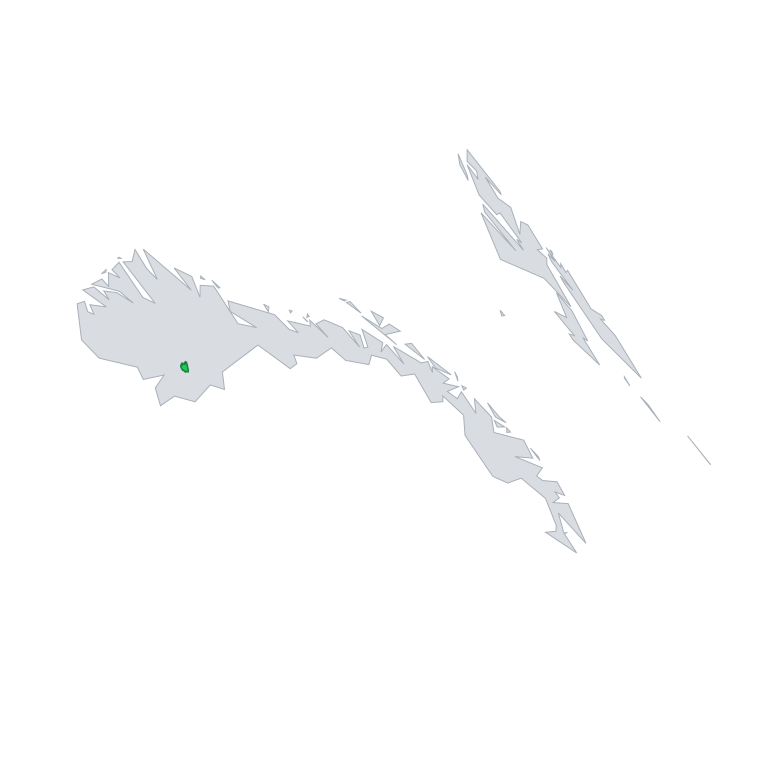 location of "Østre Toten" nor, Oppland, Norway, rotated 53°
{"feature_id": "86288312B18082183204851", "entity_name": "\"Østre Toten\" nor", "entity_type": "district", "adm_level": 2, "iso_a3": "NOR", "parent_name": "Norway", "parent_adm1": "Oppland", "projection": "equal_earth", "projection_center": [10.862, 60.623], "detail": "fine", "context": "in_parent", "style": "filled", "palette": "green", "viewbox_px": 768, "rotation_deg": 53, "n_neighbors": 0, "source": "geoboundaries", "source_scale": "gbopen_adm2", "svg_char_len": 5434}
<svg xmlns="http://www.w3.org/2000/svg" viewBox="0 0 768 768"><g transform="rotate(53 384 384)"><path d="M456.8,339.2L428.8,344.2L433.6,347.6L427.2,357.5L394.5,353.5L387.9,365.5L365.8,366.9L353.5,376.6L359.4,384.4L342.0,400.4L323.4,404.3L322.8,422.4L306.6,438.6L315.3,441.3L315.3,449.7L277.0,461.2L277.1,505.8L292.4,514.7L280.2,523.3L284.5,545.6L267.6,558.6L266.9,575.6L249.5,569.0L244.5,554.2L235.5,573.5L222.2,570.8L191.9,595.9L166.7,599.0L135.3,580.8L137.7,573.4L148.0,577.1L153.8,573.7L143.7,571.2L155.2,559.4L127.6,567.9L131.8,557.3L151.4,552.9L141.1,551.8L150.2,542.4L168.5,535.5L150.6,539.6L128.4,557.4L130.3,546.1L140.5,545.2L129.2,537.1L140.3,531.1L129.0,532.4L127.3,522.4L169.8,524.5L181.9,518.2L129.5,518.8L134.7,511.5L126.7,501.9L149.2,504.1L164.1,502.1L131.4,495.1L193.1,481.5L165.0,481.8L182.5,472.8L204.0,478.8L194.6,471.4L203.4,461.1L248.0,464.3L262.3,451.8L233.6,463.1L223.7,458.6L262.8,429.7L283.3,426.9L291.4,421.6L275.7,422.9L293.4,408.0L288.4,404.9L313.2,400.6L295.0,402.1L296.7,393.2L314.1,383.1L339.8,381.3L320.5,379.9L330.5,373.6L343.1,378.3L344.9,374.7L327.1,368.7L350.3,360.1L356.6,367.2L354.0,358.3L380.1,356.1L359.8,353.9L389.7,341.5L392.3,335.4L404.1,338.4L399.1,335.0L419.1,328.9L418.9,336.3L431.0,326.2L428.0,337.9L439.8,334.4L436.8,326.8L462.8,328.3L450.2,320.7L475.1,318.0L488.9,325.4L513.0,306.2L532.8,309.8L520.8,323.1L546.2,308.0L549.3,317.4L556.6,315.4L566.2,304.7L581.7,306.8L573.3,312.3L580.5,312.5L580.4,320.4L590.4,308.9L632.8,318.6L592.0,322.4L611.0,330.0L634.9,331.8L599.7,344.2L605.1,335.3L600.6,331.5L572.6,323.9L541.7,331.1L537.6,344.8L523.2,352.7L473.8,350.2L456.8,339.2ZM343.6,173.4L371.5,176.1L369.0,180.7L381.5,178.3L386.7,182.1L434.9,188.2L396.0,192.5L354.6,216.0L305.7,203.5L357.1,198.5L307.3,200.1L299.9,196.9L361.2,192.1L348.4,191.0L354.1,189.1L317.3,188.4L316.6,192.1L290.5,194.3L259.0,185.7L277.1,185.7L269.6,181.8L256.2,183.6L247.0,176.6L299.4,175.5L303.4,176.5L279.7,178.6L304.2,181.2L319.2,176.5L346.2,185.4L336.6,177.1L343.6,173.4ZM403.7,169.0L448.6,173.4L460.4,169.0L465.8,169.5L462.7,172.0L484.8,170.2L534.2,175.0L478.9,182.9L411.8,179.5L403.7,178.4L422.9,176.7L387.0,176.5L378.7,174.7L389.0,173.6L372.6,172.4L397.4,172.7L394.3,170.5L404.3,171.6L403.7,169.0ZM439.0,189.9L472.2,195.4L466.6,197.3L498.6,200.3L462.3,206.6L455.6,206.0L459.8,202.9L428.7,204.2L440.8,198.2L414.9,191.3L439.0,189.9ZM345.2,353.4L360.3,350.2L316.3,360.9L338.4,352.3L339.3,343.7L351.6,339.2L345.2,353.4ZM368.2,337.5L388.9,336.8L364.9,343.2L368.2,337.5ZM388.3,332.8L417.2,324.8L402.2,333.2L388.3,332.8ZM244.8,186.3L267.1,191.8L272.2,194.3L254.7,191.5L244.8,186.3ZM330.8,344.6L334.7,352.3L318.2,350.4L330.8,344.6ZM488.4,309.8L477.5,314.9L461.4,312.7L479.6,311.7L488.4,309.8ZM490.9,313.5L486.5,319.5L479.6,317.8L490.9,313.5ZM297.6,361.5L313.5,359.7L296.3,364.9L297.6,361.5ZM643.9,171.9L608.1,172.8L645.1,171.7L643.9,171.9ZM559.3,185.5L580.2,186.2L548.7,186.9L559.3,185.5ZM523.3,305.7L535.0,304.5L539.0,305.6L523.3,305.7ZM498.5,311.9L496.5,315.1L493.0,312.4L498.5,311.9ZM436.8,320.7L436.9,324.0L432.3,322.9L436.8,320.7ZM401.9,246.4L400.6,249.0L394.9,246.9L401.9,246.4ZM533.6,188.7L523.9,188.4L522.9,187.7L533.6,188.7ZM253.3,429.6L256.5,432.8L247.7,432.1L253.3,429.6ZM416.6,320.1L422.7,321.3L426.2,323.2L416.6,320.1ZM378.9,170.2L383.0,171.4L376.7,170.9L378.9,170.2ZM207.7,458.7L197.5,459.1L208.2,457.1L207.7,458.7ZM193.0,464.1L189.2,466.9L187.5,465.4L193.0,464.1ZM293.8,365.7L288.5,368.4L294.2,363.8L293.8,365.7ZM127.3,538.6L126.0,543.3L125.4,537.1L127.3,538.6ZM284.3,405.5L282.0,403.0L285.1,403.2L284.3,405.5ZM613.0,326.9L612.2,329.6L611.7,329.1L613.0,326.9ZM287.2,407.9L281.4,408.4L288.4,407.3L287.2,407.9ZM270.4,413.5L271.0,415.9L268.2,415.2L270.4,413.5ZM125.5,518.5L122.9,521.3L123.6,519.0L125.5,518.5Z" fill="#d9dde1" stroke="#a8b0b8" stroke-width="1"/><path d="M246.8,529.5L246.9,529.8L247.0,529.8L247.0,529.7L247.1,529.8L247.3,529.9L247.4,530.0L247.3,530.3L247.5,530.4L247.6,530.2L247.8,530.3L247.8,530.5L247.7,530.5L247.8,530.5L248.0,530.6L247.9,530.6L248.0,530.6L247.9,530.7L247.8,530.8L247.8,531.0L248.0,531.2L248.0,531.3L247.9,531.3L247.7,531.4L247.4,531.4L247.4,531.5L247.5,531.5L247.4,531.6L247.2,531.7L247.0,531.8L246.9,531.9L246.7,531.8L246.4,531.9L246.5,531.9L246.5,532.0L246.8,532.1L246.7,532.2L246.7,532.3L246.4,532.4L246.4,532.5L246.2,532.6L246.3,532.7L246.3,532.8L246.2,532.8L246.3,532.8L246.2,532.9L246.2,533.0L246.3,533.1L246.2,533.1L246.3,533.2L246.5,533.2L246.4,533.3L246.2,533.3L246.2,533.5L246.3,533.5L246.4,533.8L246.4,534.0L246.5,534.2L246.5,534.3L246.8,534.4L246.7,534.4L246.9,534.4L246.8,534.5L246.8,534.8L246.8,535.0L247.0,535.2L247.3,535.4L247.4,535.5L247.8,535.8L248.0,535.9L248.2,536.0L248.3,536.0L248.6,536.0L248.8,536.1L249.5,536.3L249.8,536.3L250.1,536.3L250.3,536.4L251.3,536.4L251.4,536.5L251.5,536.5L251.5,536.4L251.8,536.4L252.0,536.3L252.0,536.2L251.9,536.1L252.3,535.9L252.6,535.8L252.8,535.8L253.0,535.8L254.5,535.3L255.0,535.4L255.1,535.2L255.1,534.9L255.1,534.7L255.3,534.5L255.3,534.4L255.2,534.4L255.3,534.3L255.4,534.2L255.5,533.9L255.6,533.7L255.8,533.5L255.8,533.4L256.3,533.2L256.1,533.0L256.1,532.9L255.9,532.7L255.6,532.3L255.5,532.2L255.4,532.1L255.1,531.9L254.0,531.4L253.0,531.0L250.9,530.0L250.6,529.8L250.3,529.6L250.2,529.6L249.9,529.5L249.7,529.4L248.7,529.3L248.4,529.2L248.1,529.1L247.9,529.1L247.7,529.0L247.7,528.9L247.3,529.2L247.3,529.3L247.2,529.3L247.2,529.5L246.8,529.5Z" fill="#22c55e" stroke="#15803d" stroke-width="1.5"/></g></svg>